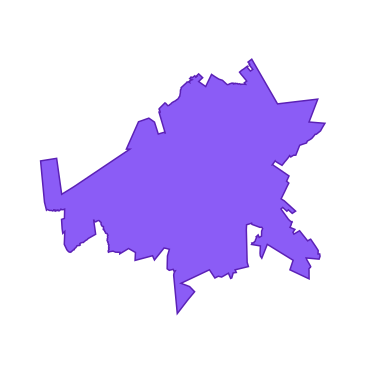 outline of Pánuco de Coronado, Durango, Mexico, rotated 256°
{"feature_id": "50627088B1013780118073", "entity_name": "Pánuco de Coronado", "entity_type": "district", "adm_level": 2, "iso_a3": "MEX", "parent_name": "Mexico", "parent_adm1": "Durango", "projection": "robinson", "projection_center": [-104.338, 24.505], "detail": "fine", "context": "isolated", "style": "filled", "palette": "violet", "viewbox_px": 384, "rotation_deg": 256, "n_neighbors": 0, "source": "geoboundaries", "source_scale": "gbopen_adm2", "svg_char_len": 5838}
<svg xmlns="http://www.w3.org/2000/svg" viewBox="0 0 384 384"><g transform="rotate(256 192 192)"><path d="M79.4,284.6L87.7,286.6L89.0,286.8L90.0,287.9L90.1,288.5L90.8,289.1L91.1,289.1L98.6,287.0L100.4,286.8L96.1,299.1L98.7,300.7L101.0,300.9L101.4,299.3L104.7,300.3L108.9,298.9L116.5,296.1L117.5,295.7L117.5,295.3L116.6,292.4L128.4,287.0L126.5,280.7L128.5,280.2L130.8,282.8L132.8,280.1L134.0,278.5L136.2,280.3L137.0,280.6L137.3,280.9L137.8,281.0L138.3,281.5L138.6,282.0L139.1,281.9L139.2,281.0L140.5,280.0L142.3,278.9L154.0,274.2L155.1,276.3L150.4,279.4L151.4,281.2L147.0,284.1L148.4,287.9L161.1,279.4L163.8,276.8L170.3,282.3L174.6,285.8L177.2,288.1L179.6,286.4L184.1,290.0L194.6,280.7L198.0,277.6L199.1,276.9L199.1,276.7L199.2,276.8L199.3,277.0L202.1,280.2L201.7,280.3L199.7,282.2L196.1,285.8L198.0,288.3L199.2,289.8L199.4,290.2L200.3,291.4L200.5,291.7L201.5,293.0L202.7,294.5L203.7,295.5L202.1,296.3L203.1,299.4L202.6,301.6L211.3,307.8L211.7,312.5L211.8,314.5L211.9,315.0L213.5,316.2L214.0,318.1L214.7,320.4L215.4,321.8L218.2,325.5L218.0,326.7L220.2,331.5L223.3,334.4L226.5,337.6L231.6,322.5L251.7,336.5L252.5,330.1L254.2,317.0L256.8,296.3L306.4,282.1L304.5,277.8L302.0,279.0L301.6,278.2L296.3,280.7L295.2,277.9L299.9,275.6L300.3,276.5L300.7,276.2L298.6,271.3L298.5,270.7L298.1,269.7L296.8,267.1L294.2,268.2L292.8,268.9L291.6,269.5L289.0,270.7L288.7,270.9L286.4,271.9L286.0,271.0L285.3,269.2L283.5,270.0L284.0,268.6L284.3,267.4L284.5,266.4L284.6,266.2L284.5,265.4L284.8,265.1L285.4,264.6L285.5,264.2L285.4,263.6L285.5,263.2L286.1,262.6L286.2,262.4L286.0,262.2L286.2,261.9L286.3,261.7L286.7,261.0L286.6,260.0L286.7,259.8L286.8,260.1L287.0,260.1L287.0,259.7L286.8,259.3L286.8,258.4L287.2,258.4L287.3,258.2L287.5,258.2L287.6,258.3L287.8,257.9L287.7,257.6L287.8,257.3L288.0,257.0L287.9,255.9L287.9,255.2L287.8,254.4L287.6,254.1L287.5,253.7L287.6,253.3L287.5,252.7L287.6,252.4L287.9,251.9L293.0,248.6L295.0,245.4L298.5,242.0L301.4,239.4L291.0,230.8L297.5,225.2L299.0,227.6L300.3,230.0L302.6,228.6L305.0,227.0L303.5,224.5L303.1,224.8L302.4,223.5L304.1,222.8L303.5,221.4L302.9,219.9L303.8,218.9L303.7,218.7L303.5,218.3L303.3,218.2L303.2,218.1L302.8,217.7L302.5,217.2L302.3,217.4L302.2,217.5L300.9,219.2L300.8,218.4L300.8,217.9L300.2,217.0L300.4,216.7L299.9,215.9L298.9,216.1L299.8,215.0L299.8,213.6L299.6,213.6L297.8,210.2L296.9,208.6L295.9,206.7L295.1,206.6L294.6,206.3L293.8,205.5L293.7,205.4L293.4,205.5L292.0,204.9L291.3,204.8L288.2,203.4L287.9,203.3L287.6,203.0L287.3,202.4L286.9,202.2L286.3,201.5L285.4,200.4L285.3,199.6L284.8,198.6L284.4,197.7L284.3,197.0L284.1,196.2L283.8,195.3L283.8,195.0L283.2,193.6L282.7,193.0L282.4,192.1L282.0,191.2L281.6,190.7L281.6,190.4L281.6,189.4L284.3,188.0L285.0,187.3L280.8,180.3L280.3,180.1L280.1,180.1L279.8,180.1L279.6,180.4L279.4,180.4L279.2,180.3L278.8,180.3L278.2,180.5L277.4,180.5L277.0,180.3L277.4,179.3L255.0,180.3L256.7,179.9L256.4,173.3L268.9,172.5L274.1,168.0L273.1,157.1L249.5,138.7L248.6,142.0L225.7,78.7L221.3,65.0L257.4,68.8L258.8,52.6L217.8,46.4L211.3,46.4L209.6,46.4L209.7,46.6L209.9,46.8L210.0,46.9L210.0,47.2L210.0,47.4L209.7,47.8L209.3,48.5L208.9,48.8L208.4,49.7L208.3,50.5L208.2,51.0L207.3,52.3L207.3,52.6L207.6,52.9L208.0,53.4L208.2,53.6L208.1,54.0L207.8,54.2L207.4,54.4L206.7,54.4L206.5,54.6L206.6,54.8L206.9,55.0L207.1,55.1L207.4,55.4L207.3,55.6L207.1,55.8L206.8,56.0L206.5,56.2L206.5,56.5L206.8,56.9L207.0,57.0L206.9,57.4L206.9,57.7L206.8,57.8L206.3,57.8L205.9,58.2L205.9,58.8L206.2,59.4L206.9,60.4L207.1,60.6L207.0,60.8L206.9,60.9L206.6,61.0L206.3,61.3L206.0,63.2L206.2,63.9L206.2,64.3L197.2,61.8L197.0,58.8L187.8,57.1L183.1,56.6L184.5,59.0L172.1,55.4L166.2,56.6L163.9,57.8L163.0,59.1L163.2,59.5L163.0,59.8L163.0,60.1L163.8,61.5L164.0,61.7L164.5,63.0L164.4,63.5L164.8,64.0L165.2,64.0L165.7,64.8L166.0,65.6L167.2,67.1L167.7,67.4L167.6,68.7L167.3,69.5L167.5,70.1L167.6,70.7L169.0,70.6L169.2,71.0L169.5,71.9L169.5,72.6L169.6,73.2L169.3,74.3L170.8,77.3L170.9,78.2L172.0,80.1L174.3,88.3L188.4,89.8L188.3,90.1L187.7,90.0L186.9,90.5L186.4,91.0L186.4,91.7L186.6,92.3L186.9,93.2L186.9,94.5L186.7,95.0L186.1,95.4L185.6,95.4L185.2,95.8L184.8,96.1L184.5,96.4L184.0,96.4L183.6,96.2L183.0,95.9L182.1,96.2L181.4,96.1L181.1,96.2L180.9,96.3L180.5,96.7L180.4,97.0L180.2,97.3L179.9,97.7L179.5,97.7L179.3,97.6L179.1,97.5L179.0,97.4L178.8,97.3L178.4,97.2L177.9,97.4L177.7,97.4L177.5,97.2L177.3,96.9L177.1,96.8L176.8,97.0L176.7,97.1L176.5,97.6L176.4,97.6L176.1,97.6L175.8,97.6L175.3,97.9L175.0,97.9L174.9,97.8L174.7,97.8L174.5,98.0L174.1,98.2L173.5,98.2L173.0,98.2L172.6,98.8L172.2,99.6L171.6,99.6L170.9,99.9L170.3,100.0L169.8,99.3L168.9,99.3L168.0,99.2L167.5,98.6L166.7,98.7L166.2,98.1L165.7,97.9L165.1,97.9L164.1,98.4L163.5,98.1L163.2,98.2L162.7,98.4L162.0,98.3L161.7,98.1L161.4,98.1L161.2,98.3L160.9,98.5L160.7,98.6L159.8,98.1L159.6,98.0L159.1,98.0L158.2,98.0L157.9,97.5L157.1,97.5L156.9,97.7L156.6,97.7L156.4,97.6L156.2,97.2L155.9,97.0L155.7,96.9L155.1,96.4L154.7,96.4L154.4,96.3L154.1,96.3L153.7,96.4L153.7,96.6L154.2,97.2L154.0,97.5L153.7,101.1L152.1,103.3L150.9,107.5L149.5,107.0L152.5,116.8L152.1,117.2L147.0,122.5L139.4,120.2L139.7,138.3L135.1,139.1L144.4,151.3L143.5,153.3L141.9,156.2L135.9,152.7L123.5,149.3L121.5,151.0L121.5,155.0L119.5,155.4L119.5,156.6L117.8,155.0L115.8,154.1L77.6,148.3L88.7,162.3L94.6,170.4L100.8,166.8L106.1,159.2L112.3,190.1L103.0,193.4L103.9,197.1L102.3,200.2L104.4,207.7L98.8,208.6L99.0,209.8L103.5,212.4L103.2,215.5L106.1,215.0L106.0,228.7L110.5,228.5L142.3,235.6L147.0,237.0L147.3,242.3L146.1,242.3L141.3,249.3L140.9,251.2L139.3,251.7L137.3,250.1L132.4,248.8L131.7,246.2L134.4,245.8L133.0,243.4L132.5,243.9L130.2,242.0L129.1,241.5L128.5,240.2L127.8,239.9L128.0,237.7L127.4,237.8L126.7,237.1L123.1,245.3L116.1,243.2L114.1,242.9L113.5,242.8L110.9,243.7L123.0,252.4L101.3,273.6L92.8,268.2L79.4,284.6Z" fill="#8b5cf6" stroke="#5b21b6" stroke-width="1.5"/></g></svg>